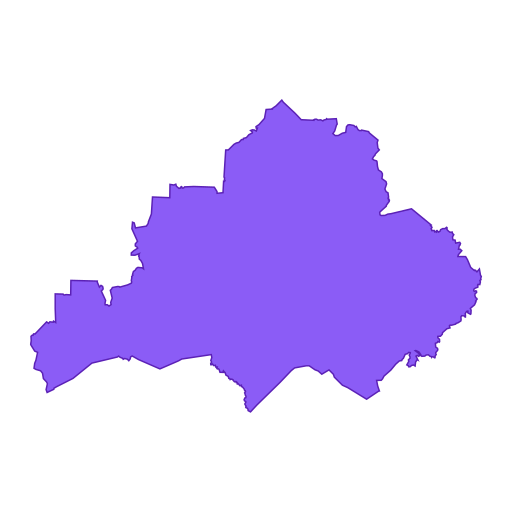 the district of Bērzaunes pag., Madona, Latvia
{"feature_id": "27541924B65534695905374", "entity_name": "Bērzaunes pag.", "entity_type": "district", "adm_level": 2, "iso_a3": "LVA", "parent_name": "Latvia", "parent_adm1": "Madona", "projection": "orthographic", "projection_center": [25.995, 56.836], "detail": "fine", "context": "isolated", "style": "filled", "palette": "violet", "viewbox_px": 512, "rotation_deg": 0, "n_neighbors": 0, "source": "geoboundaries", "source_scale": "gbopen_adm2", "svg_char_len": 6087}
<svg xmlns="http://www.w3.org/2000/svg" viewBox="0 0 512 512"><path d="M47.1,392.5L53.8,389.3L54.0,388.2L56.4,386.8L73.0,378.4L91.9,363.1L117.4,357.0L118.6,356.1L120.1,357.3L122.8,358.4L123.2,359.3L124.7,358.5L127.4,359.2L128.8,360.7L130.2,358.9L130.6,356.9L132.2,356.0L138.6,359.6L159.9,368.9L178.4,360.9L181.8,359.0L211.3,354.6L211.8,357.6L210.8,360.5L211.5,361.8L211.5,362.8L210.7,363.3L210.8,364.7L211.9,364.7L212.6,364.1L213.8,365.6L215.4,365.3L215.7,366.9L217.3,367.0L217.1,367.7L216.6,367.9L217.3,368.9L218.6,368.9L219.1,369.5L220.0,372.3L223.5,372.4L223.1,371.7L223.4,370.8L225.2,372.7L225.9,375.1L228.2,376.4L228.8,378.4L229.8,378.6L230.1,379.6L231.8,379.1L233.1,379.8L233.1,380.3L234.5,381.8L235.8,381.5L236.3,382.6L236.8,382.1L237.7,383.2L237.5,384.0L238.4,383.9L239.9,385.7L241.4,385.2L241.5,386.6L242.4,386.9L244.1,388.9L244.5,390.2L245.2,390.6L245.1,391.1L245.5,391.7L244.6,392.9L245.1,393.8L245.2,394.9L246.0,396.3L245.8,397.7L245.0,397.8L244.1,399.5L244.4,400.7L245.8,401.7L245.7,402.7L245.0,403.4L244.9,404.3L246.1,406.2L245.7,407.1L245.9,407.6L247.0,408.0L248.0,409.2L248.1,410.6L250.5,411.9L256.8,405.1L280.0,382.4L291.2,370.7L294.6,367.9L306.2,365.8L309.2,365.8L315.0,369.8L318.2,371.0L321.8,374.2L329.0,369.9L333.4,374.3L334.3,377.1L342.4,385.2L347.7,387.6L366.6,399.2L378.7,391.1L379.4,391.0L377.7,386.0L376.6,380.4L381.2,380.3L382.5,378.9L384.0,376.1L390.9,370.0L395.7,364.2L399.4,360.9L401.7,360.6L402.2,359.4L403.4,358.3L405.2,354.3L407.5,353.7L408.7,352.4L410.3,352.6L410.2,353.4L409.2,355.1L409.9,356.5L410.1,358.1L408.4,359.9L408.8,361.3L406.8,364.9L408.5,365.9L408.7,366.8L410.0,366.8L411.7,365.4L413.5,365.0L415.1,366.0L415.6,362.0L417.2,359.6L417.9,360.0L416.0,356.1L417.2,355.4L418.6,356.3L419.7,355.6L418.7,353.3L415.2,350.7L415.8,350.5L418.9,351.9L420.7,354.5L421.2,355.9L421.8,356.3L424.8,356.1L426.2,355.0L428.4,354.8L430.0,356.3L431.3,356.6L431.6,357.2L431.8,356.7L433.4,356.9L434.5,357.8L435.0,357.7L435.1,356.1L436.2,354.5L435.8,353.7L435.7,352.6L437.6,350.4L437.8,349.4L437.5,348.3L435.7,347.0L435.4,343.3L437.1,342.7L437.9,341.5L439.2,342.2L439.6,341.7L439.5,339.3L437.8,337.7L437.8,336.4L440.5,336.2L442.3,334.2L442.5,332.7L446.8,328.8L450.0,327.9L449.4,325.8L450.1,325.1L451.6,325.2L455.7,324.1L456.0,323.4L458.0,322.8L460.9,320.9L461.1,319.5L460.9,316.9L461.7,315.7L464.2,315.9L464.9,316.9L465.4,317.0L465.5,315.2L465.2,313.7L466.6,311.4L467.7,311.1L468.0,311.2L467.6,312.2L467.9,312.9L470.5,314.3L470.9,313.9L471.1,310.1L470.3,308.4L474.5,304.9L476.0,301.6L475.6,301.1L477.1,299.1L476.8,298.4L475.6,297.6L474.8,295.2L475.1,293.7L476.6,292.5L476.5,291.1L475.7,290.8L474.3,291.4L473.7,290.6L473.9,289.2L475.3,288.1L477.8,287.2L477.9,285.6L477.6,285.2L478.0,284.4L479.8,284.6L480.4,282.0L479.9,280.4L481.0,279.7L480.7,278.7L481.3,276.4L480.5,275.3L479.4,269.0L477.0,271.8L476.5,271.7L475.7,270.4L474.8,270.0L474.3,270.5L470.7,267.4L467.4,259.6L465.6,256.6L457.9,256.5L458.3,254.8L461.8,250.7L460.2,249.2L458.5,249.2L459.4,245.2L459.9,245.2L460.5,243.5L459.7,242.3L455.7,243.1L455.1,240.1L452.9,239.8L452.5,236.9L453.8,234.7L452.4,233.3L452.3,232.1L449.8,232.2L447.9,230.6L446.9,229.4L447.1,227.8L446.6,227.3L444.9,228.6L442.7,228.6L440.6,229.7L440.1,231.1L438.6,232.1L437.0,230.5L436.4,230.8L436.4,231.2L436.9,231.6L436.6,232.2L435.7,231.6L434.7,231.9L434.2,230.5L431.8,230.6L431.5,229.2L431.1,228.8L432.0,227.3L430.5,225.4L431.2,225.0L411.5,208.8L391.0,213.7L387.8,214.1L385.0,215.4L381.0,215.5L380.0,214.8L379.7,212.6L380.0,211.9L386.3,206.2L386.3,205.4L389.2,201.4L389.4,200.3L388.6,199.9L389.0,199.2L388.2,198.7L388.1,198.0L388.6,197.2L388.0,192.8L386.1,191.7L384.9,189.0L386.6,183.9L386.0,181.6L381.9,178.6L382.4,175.6L382.4,173.7L381.4,171.9L378.4,169.9L377.5,166.5L377.0,161.6L376.6,160.9L374.0,160.1L372.4,158.9L373.6,156.6L375.0,155.2L375.1,154.5L375.8,153.5L379.3,149.9L377.9,148.1L377.2,142.5L378.0,140.1L369.4,133.0L368.6,131.6L361.6,130.1L361.3,130.6L359.4,130.6L358.0,129.6L356.3,126.4L355.2,126.9L353.9,125.5L349.8,124.7L348.0,124.9L346.5,126.6L345.7,132.4L342.3,133.2L338.3,135.5L335.2,135.6L332.9,133.6L334.7,131.0L336.5,125.1L337.2,124.1L336.3,118.7L327.4,119.2L326.6,118.7L326.3,119.4L323.9,120.0L322.9,120.9L320.7,119.8L318.1,120.1L316.5,119.2L315.0,119.2L313.5,119.9L313.7,120.3L301.2,119.7L295.1,113.3L283.3,102.2L281.8,100.1L275.9,106.0L271.8,108.8L272.0,109.1L266.1,109.5L264.5,118.4L259.0,124.6L256.0,126.6L256.2,128.1L257.4,128.1L256.3,131.0L254.3,130.0L252.4,129.8L250.6,130.5L252.4,132.0L252.2,133.0L248.9,134.7L246.4,137.6L243.4,138.4L243.2,139.5L241.5,139.6L238.9,142.4L236.3,143.0L234.0,144.3L228.4,149.9L225.7,150.0L224.0,177.1L224.6,177.8L224.4,179.5L225.0,180.7L224.3,181.5L223.6,181.2L223.0,192.7L217.1,193.3L217.0,191.5L214.3,187.2L193.8,186.5L184.5,186.9L183.7,187.9L182.2,188.1L181.8,187.6L181.9,187.0L181.3,186.6L180.2,187.7L180.2,188.2L178.9,188.4L176.4,186.2L175.8,184.2L173.9,185.0L170.0,184.4L169.8,197.7L152.5,197.0L151.4,214.0L148.4,221.8L148.2,223.4L146.4,226.1L135.5,227.9L134.2,222.9L132.5,222.2L131.9,228.8L137.5,241.3L135.3,243.9L135.3,245.9L137.4,247.4L137.7,248.2L133.8,250.7L131.3,252.9L131.3,255.1L135.0,255.2L139.3,253.6L138.6,255.0L139.1,255.4L138.7,256.4L139.2,257.1L139.3,259.1L140.8,260.4L142.5,263.5L143.5,268.8L142.1,267.8L137.9,267.4L136.4,268.3L135.2,270.2L133.4,271.5L132.5,274.5L132.9,275.1L131.7,276.5L131.8,277.7L131.3,280.6L131.7,282.0L131.3,283.2L127.6,284.9L119.8,287.1L119.2,286.6L117.7,286.5L112.4,287.5L111.4,289.3L110.3,290.3L112.2,298.1L110.7,302.4L111.1,304.6L109.0,306.0L107.2,304.7L105.2,304.8L105.0,303.2L105.6,300.4L101.3,291.0L102.9,289.5L103.1,288.3L102.6,286.4L101.0,285.4L99.4,287.1L97.2,281.9L97.3,281.1L70.9,280.4L70.7,294.9L66.1,294.6L64.5,295.0L63.6,294.8L63.1,294.1L55.2,293.9L55.2,308.7L55.7,322.5L53.5,321.1L53.2,322.2L49.9,321.8L48.6,323.3L46.6,321.9L35.0,334.0L33.8,333.8L33.3,334.3L33.0,335.3L32.2,335.2L31.0,336.3L31.2,340.7L30.7,344.3L31.0,345.1L34.7,351.1L37.6,352.3L35.9,360.3L34.7,363.3L34.0,368.3L35.9,369.4L40.6,370.8L42.5,373.2L43.4,378.6L46.6,382.0L47.4,383.7L46.1,389.6L47.1,392.5Z" fill="#8b5cf6" stroke="#5b21b6" stroke-width="1.5"/></svg>